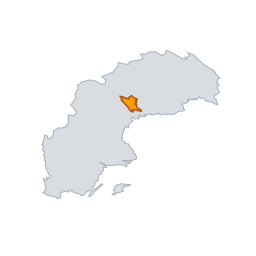 Sollefteå, Västernorrland, Sweden shown in context, rotated 21°
{"feature_id": "70781695B14713554089347", "entity_name": "Sollefteå", "entity_type": "district", "adm_level": 2, "iso_a3": "SWE", "parent_name": "Sweden", "parent_adm1": "Västernorrland", "projection": "equal_earth", "projection_center": [16.958, 63.453], "detail": "fine", "context": "in_parent", "style": "filled", "palette": "amber", "viewbox_px": 256, "rotation_deg": 21, "n_neighbors": 0, "source": "geoboundaries", "source_scale": "gbopen_adm2", "svg_char_len": 6077}
<svg xmlns="http://www.w3.org/2000/svg" viewBox="0 0 256 256"><g transform="rotate(21 128 128)"><path d="M55.6,164.8L56.5,166.6L58.6,166.4L59.5,165.0L60.7,161.1L59.5,156.8L61.4,155.3L62.7,152.9L65.5,152.2L69.4,149.5L69.8,146.7L70.8,144.7L67.8,138.5L67.6,137.0L72.5,136.2L74.7,132.2L71.4,129.6L66.4,127.1L68.4,119.5L66.4,115.4L66.8,113.6L66.5,111.0L67.8,109.9L65.5,106.1L68.0,103.5L67.7,102.1L75.0,96.9L79.7,95.9L88.3,96.7L90.4,94.6L90.5,93.5L89.8,90.9L85.0,89.4L90.4,84.8L94.6,80.4L95.5,76.1L96.5,74.3L95.6,70.2L101.2,69.7L106.1,68.0L105.5,65.8L116.4,59.0L116.8,57.8L116.0,56.7L113.4,54.7L114.2,53.7L117.1,53.2L118.5,52.3L120.7,49.2L126.6,46.8L133.1,48.4L135.9,45.7L135.7,42.0L138.1,41.6L155.5,43.9L158.4,42.5L155.4,41.8L158.3,40.3L159.1,39.4L159.4,38.4L159.3,37.8L156.8,36.4L162.3,36.3L165.3,36.9L165.6,37.7L177.5,42.0L186.9,43.8L189.7,45.0L190.7,46.4L192.2,46.5L194.0,47.8L195.8,48.5L194.4,49.4L194.5,51.5L195.0,52.4L194.2,54.2L197.3,54.7L197.8,55.8L196.2,56.9L196.5,58.1L200.6,61.9L199.6,63.2L199.4,64.7L197.7,65.9L197.4,67.1L197.8,68.7L198.5,69.4L200.2,69.9L203.3,74.1L200.4,74.4L198.1,73.8L192.8,74.4L191.5,75.0L187.5,73.3L185.2,74.3L183.6,73.4L182.4,74.8L182.1,76.7L180.2,76.5L180.9,77.2L178.4,77.5L178.2,77.8L178.8,78.3L178.0,78.8L174.5,79.0L174.0,79.6L175.1,80.4L175.1,80.9L172.8,80.2L174.4,81.5L174.7,82.6L170.0,86.5L171.6,87.6L173.0,89.9L174.5,90.9L173.9,92.0L168.9,94.6L166.1,98.6L159.8,101.3L156.5,101.9L154.4,103.9L151.8,103.3L151.8,104.4L150.1,103.7L148.8,105.4L146.5,106.8L144.0,106.6L143.7,106.8L144.5,107.2L141.6,107.6L140.7,109.1L138.6,109.5L138.2,110.0L140.4,110.1L140.0,111.3L137.5,112.0L136.6,112.7L135.5,112.7L135.7,112.1L134.1,112.2L133.6,111.4L133.2,111.6L134.4,113.7L133.5,114.5L135.1,115.3L130.6,117.3L127.8,116.5L127.5,117.1L128.1,118.8L130.4,120.2L129.0,121.1L127.4,125.1L128.5,127.6L125.4,127.1L125.6,128.0L124.6,129.1L125.0,130.7L124.7,131.8L125.4,132.7L125.0,133.2L125.5,137.7L126.4,139.6L126.0,141.2L127.3,142.0L130.1,142.2L130.9,143.5L134.4,142.7L136.9,145.3L141.6,147.4L141.3,148.9L144.3,149.9L146.1,151.8L146.8,153.5L146.6,154.5L142.0,157.2L138.4,159.0L134.6,160.1L134.8,160.6L136.7,160.7L141.2,159.4L142.5,160.6L140.0,161.1L139.6,162.7L138.5,163.7L128.6,167.3L127.3,168.5L122.8,170.3L114.8,170.2L113.6,170.5L120.5,171.3L122.2,172.6L118.9,173.5L120.3,176.7L119.5,177.5L119.4,181.1L118.2,181.1L117.7,182.6L118.3,186.2L118.9,187.2L118.6,188.3L116.7,190.7L117.3,193.6L115.1,199.0L112.6,202.2L110.7,206.4L108.6,207.9L106.1,206.9L102.4,207.5L95.7,207.3L94.8,207.7L95.3,209.2L92.9,209.0L88.6,212.3L88.4,213.9L90.1,217.0L87.9,219.0L83.4,218.5L77.3,219.7L71.9,218.7L72.6,217.7L73.2,213.6L67.2,205.3L70.1,206.2L71.3,205.7L69.6,203.1L72.1,202.9L72.8,201.9L72.5,200.4L70.4,199.7L68.7,197.3L66.9,196.1L63.8,191.3L62.7,188.0L61.6,188.3L60.7,184.6L59.0,184.0L58.8,180.2L56.9,179.8L55.8,178.1L55.7,174.9L53.5,174.4L53.8,172.9L53.3,167.2L52.7,165.5L53.3,164.2L54.5,164.0L55.6,164.8ZM148.3,182.3L147.3,182.6L146.8,183.7L145.2,184.2L145.0,187.5L146.4,188.7L144.9,189.3L143.9,191.0L141.2,192.2L140.1,193.4L139.5,195.0L137.2,195.9L138.8,193.4L136.6,190.6L137.2,189.6L137.0,186.4L141.8,182.3L144.0,181.9L145.0,182.3L145.5,181.3L146.2,181.1L148.3,182.3ZM117.3,205.3L116.1,206.1L115.7,205.0L115.9,201.1L118.6,196.5L119.8,196.1L123.0,189.9L123.4,189.5L124.5,189.9L123.7,190.5L123.8,191.6L121.7,194.9L121.1,197.1L120.4,197.6L117.3,205.3ZM149.3,181.0L149.1,181.9L147.9,181.2L149.0,180.1L151.4,180.4L149.3,181.0ZM143.4,157.6L141.9,159.0L141.6,158.4L141.9,157.8L143.4,157.6ZM140.1,164.9L139.3,165.0L139.9,164.0L140.9,163.8L140.1,164.9Z" fill="#d9dde1" stroke="#a8b0b8" stroke-width="1"/><path d="M120.0,96.5L119.5,96.8L119.2,97.2L119.0,97.5L118.9,97.6L118.7,97.9L118.5,98.1L118.2,98.4L118.2,98.7L118.0,99.0L118.1,99.3L118.1,99.6L118.4,99.9L118.6,100.0L118.6,100.3L118.4,100.5L118.1,100.5L117.8,100.6L117.3,100.6L116.5,100.6L115.9,100.6L115.6,100.7L115.3,100.8L115.1,100.8L115.0,101.0L114.7,101.1L114.4,101.2L114.1,101.1L113.9,101.0L113.6,100.9L113.3,100.8L113.1,100.8L112.9,100.7L112.5,100.6L112.3,100.8L112.0,101.0L111.8,101.1L111.4,101.2L111.1,101.2L110.9,101.2L110.4,101.0L110.1,101.0L109.8,101.1L109.5,101.2L109.3,101.3L109.6,101.5L109.8,101.6L110.3,101.7L110.5,101.9L110.8,102.1L111.1,102.3L111.5,102.5L111.7,102.8L111.6,103.1L111.4,103.3L111.4,103.6L111.4,103.9L111.5,104.1L111.9,104.1L112.1,104.0L112.4,104.0L112.9,104.1L113.2,104.3L113.2,104.5L112.9,104.9L112.9,105.0L113.4,105.2L113.8,105.3L114.3,105.6L114.6,105.7L114.9,105.8L115.0,105.9L115.5,106.2L116.5,106.6L117.2,106.9L118.2,107.3L119.4,107.9L119.9,108.3L120.5,108.7L121.1,109.1L122.4,109.9L122.9,110.4L123.0,110.4L123.7,110.8L124.6,111.3L125.1,111.6L125.2,111.2L125.7,111.1L126.2,111.0L126.9,111.0L127.1,110.9L126.9,110.7L126.7,110.6L126.1,110.5L125.9,110.4L125.7,110.3L125.7,110.1L125.6,109.9L125.6,109.7L125.8,109.4L126.3,109.4L126.4,109.1L126.6,109.0L127.0,108.8L127.5,108.7L128.1,108.5L128.6,108.4L128.9,108.4L129.4,108.3L129.9,108.3L130.2,108.1L130.6,108.1L131.0,108.1L131.4,108.2L131.8,108.2L132.0,108.1L132.5,107.9L133.0,107.7L133.6,107.8L133.8,107.8L134.1,107.6L134.3,107.5L134.6,107.4L134.7,107.2L134.8,107.2L134.7,107.2L134.2,106.9L133.9,106.7L133.4,106.4L133.1,106.3L132.8,106.2L132.6,106.1L132.3,106.2L132.0,106.3L131.5,106.3L131.2,106.1L130.7,106.1L130.3,106.1L129.9,106.1L129.6,105.9L129.4,105.8L129.3,105.7L129.1,105.5L128.8,105.3L128.7,105.1L128.6,104.9L128.2,104.6L128.0,104.3L128.0,104.2L127.9,103.7L127.8,103.4L127.7,103.2L127.1,103.2L126.6,103.4L126.2,103.4L126.1,103.2L126.3,103.0L126.2,102.8L126.1,102.7L126.2,102.4L126.5,102.3L126.8,102.2L126.7,102.0L126.5,101.8L126.2,101.8L126.1,101.5L126.2,101.2L126.4,101.0L126.7,100.8L126.8,100.6L126.8,100.4L126.7,100.3L126.5,100.2L126.1,100.3L125.8,100.4L125.4,100.5L125.4,100.3L125.6,100.0L125.6,99.7L125.9,99.4L126.0,99.4L125.9,99.2L125.4,99.1L125.2,99.0L125.2,98.9L125.1,98.7L125.0,98.4L125.6,98.3L125.9,98.3L126.4,98.3L126.4,98.2L126.2,98.0L126.2,97.9L125.9,97.8L124.6,97.7L123.8,97.6L122.9,97.5L122.3,97.5L121.9,97.4L121.7,97.4L121.3,97.2L120.9,96.9L120.3,96.7L120.0,96.5Z" fill="#f59e0b" stroke="#b45309" stroke-width="1.5"/></g></svg>